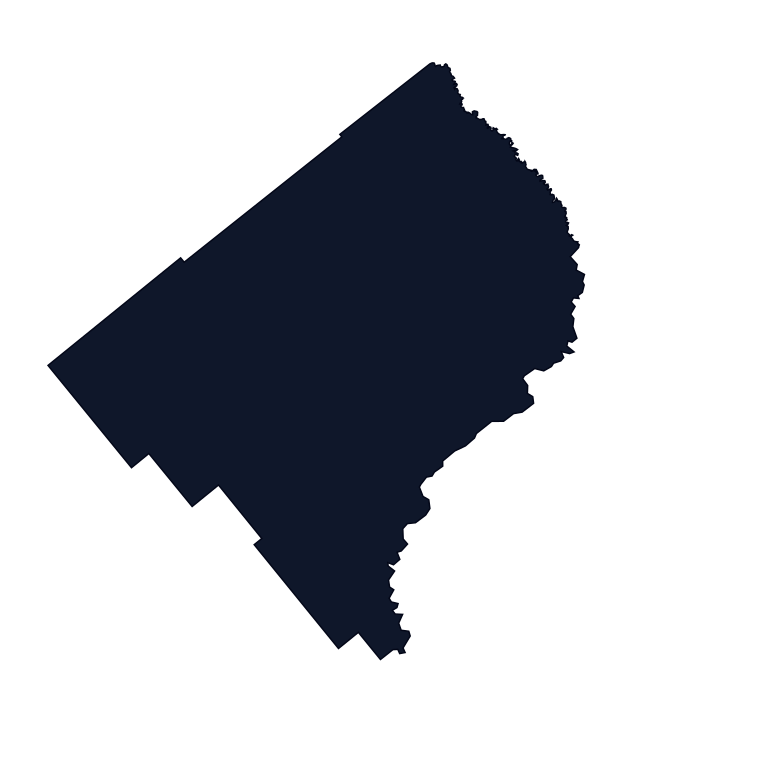 Garfield, Montana, United States of America, rotated 142°
{"feature_id": "52423323B69733440300774", "entity_name": "Garfield", "entity_type": "district", "adm_level": 2, "iso_a3": "USA", "parent_name": "United States of America", "parent_adm1": "Montana", "projection": "albers", "projection_center": [-107.725, 47.414], "detail": "fine", "context": "isolated", "style": "filled", "palette": "ink", "viewbox_px": 768, "rotation_deg": 142, "n_neighbors": 0, "source": "geoboundaries", "source_scale": "gbopen_adm2", "svg_char_len": 5403}
<svg xmlns="http://www.w3.org/2000/svg" viewBox="0 0 768 768"><g transform="rotate(142 384 384)"><path d="M146.7,371.7L145.6,372.7L144.4,373.4L144.6,374.7L145.2,375.0L144.5,376.2L143.7,376.6L144.3,377.2L145.3,378.2L146.4,379.8L146.1,382.7L146.5,384.4L145.1,385.2L143.7,385.1L144.2,386.2L145.8,386.3L146.8,386.5L146.0,387.7L146.3,389.8L146.2,390.9L144.9,391.8L143.3,392.8L141.9,394.8L142.5,395.8L142.7,396.7L141.0,396.5L139.4,397.3L140.0,398.4L140.5,398.2L141.0,399.3L141.2,399.9L139.7,400.8L138.5,400.6L138.2,402.0L138.6,402.0L138.2,403.0L137.8,402.9L138.0,403.7L138.6,404.4L137.3,405.2L135.4,406.3L134.5,407.8L135.2,408.5L134.5,409.5L133.4,409.4L132.4,410.5L133.0,411.9L134.8,413.2L134.8,414.8L133.9,415.1L133.4,417.4L132.4,418.9L133.4,420.6L134.3,420.6L134.6,421.4L133.8,422.6L133.7,424.1L134.6,423.5L134.2,422.8L135.1,422.6L135.4,423.2L136.2,423.1L137.2,422.5L137.8,422.5L138.8,422.9L139.4,423.3L138.8,424.0L137.9,424.7L135.5,425.0L133.8,428.3L134.8,430.1L136.0,430.0L136.5,431.0L135.6,431.8L135.0,433.0L132.6,433.8L132.1,434.9L132.9,435.5L133.8,435.2L135.7,436.2L135.5,437.3L134.2,437.2L132.6,438.5L132.4,439.5L131.8,440.5L132.9,441.2L134.2,441.0L134.7,442.8L135.0,443.7L134.6,444.1L134.0,443.4L134.2,443.0L133.8,443.3L132.6,443.8L132.1,445.2L133.4,446.4L134.7,447.0L136.2,447.7L135.5,448.6L134.0,448.5L132.2,448.3L131.2,449.7L130.7,450.7L131.5,451.7L132.5,452.1L133.7,452.6L134.7,452.5L135.6,453.2L135.8,454.9L135.0,455.6L133.2,454.8L132.7,456.0L132.8,456.5L133.6,457.1L134.1,458.5L133.8,459.6L132.9,458.9L132.3,457.9L132.0,459.3L133.5,460.7L135.3,460.7L135.2,460.2L136.5,460.4L137.0,461.0L137.0,461.9L136.6,462.0L137.5,463.1L138.9,465.0L138.6,468.3L136.9,469.6L136.7,470.4L136.0,471.5L135.9,472.6L136.0,472.5L137.3,472.9L138.9,472.9L140.2,474.4L139.5,474.0L138.9,474.1L139.0,475.2L140.0,475.4L140.3,476.6L139.4,477.3L139.1,478.9L140.5,478.5L140.3,477.6L141.6,477.7L142.1,478.2L141.9,479.8L140.8,480.3L140.7,481.7L141.0,482.2L141.1,483.3L139.9,484.1L138.4,483.1L138.2,482.3L137.9,481.9L136.6,482.8L137.1,484.4L138.4,485.4L138.2,487.1L138.8,488.2L137.6,487.8L137.2,486.7L137.0,486.4L135.8,486.4L134.4,486.5L135.1,488.2L135.9,489.5L137.4,491.3L138.6,492.9L136.8,493.8L135.4,493.7L134.0,494.2L134.3,495.0L134.9,494.9L136.4,494.3L137.5,494.4L137.5,495.9L136.1,497.4L135.4,497.7L134.6,497.4L134.5,496.1L133.6,497.0L133.9,498.2L133.1,499.4L133.5,500.5L134.0,501.3L135.8,501.8L136.4,501.3L137.7,502.1L138.7,503.7L139.2,503.7L140.5,505.0L139.9,505.3L139.6,504.9L138.9,504.3L138.5,504.7L138.0,505.9L136.5,506.1L135.7,505.6L135.1,505.9L136.0,506.8L138.7,508.6L139.7,510.9L139.8,513.0L139.0,515.2L137.9,515.0L138.2,516.4L138.8,516.4L139.3,516.3L139.8,517.6L140.2,518.7L141.2,518.0L141.0,516.8L142.7,516.7L143.5,517.5L143.4,518.7L142.3,519.5L141.8,520.6L142.6,522.0L143.8,521.6L144.9,521.6L145.1,522.0L144.3,522.8L143.3,523.0L142.7,523.6L142.2,524.5L143.2,525.5L144.1,525.2L144.4,525.4L143.5,526.1L143.0,527.3L142.0,527.9L141.7,527.8L142.6,528.5L142.2,530.6L141.9,531.4L142.7,532.1L143.9,532.3L145.8,533.5L146.8,535.6L147.1,537.0L147.5,536.9L147.0,538.1L145.0,538.1L142.9,540.5L143.0,541.5L144.8,543.7L146.7,544.1L147.5,543.0L147.8,542.1L148.3,541.6L149.3,542.7L149.6,544.7L150.4,546.4L150.9,545.9L151.8,546.2L151.7,547.3L151.9,548.8L152.8,549.3L152.7,550.2L151.9,550.5L151.5,551.1L151.7,551.5L151.5,552.3L151.1,552.9L152.0,553.6L152.6,554.5L152.7,555.0L151.7,556.1L150.8,556.2L150.5,556.0L150.1,556.9L150.8,557.6L151.7,558.0L150.9,558.4L150.1,558.0L148.7,559.0L148.4,560.0L147.7,560.4L146.8,560.0L146.2,560.6L145.5,560.5L145.7,561.5L147.0,563.1L146.8,564.4L145.8,564.9L145.8,565.4L146.6,566.2L146.9,567.7L145.0,569.6L144.6,571.6L145.5,572.9L146.6,573.1L146.8,573.0L146.3,574.5L145.1,574.3L143.2,574.2L142.0,575.0L141.9,576.2L143.0,576.7L143.9,576.7L144.6,577.1L143.6,577.5L142.5,577.7L141.6,578.5L142.0,578.9L142.3,579.7L143.3,580.2L143.1,581.8L141.7,581.8L140.1,581.6L140.1,583.8L141.0,585.4L140.1,587.7L140.3,588.9L139.9,589.9L138.7,590.2L137.7,592.1L138.7,594.1L137.8,596.7L138.2,598.2L139.8,598.3L141.1,597.3L143.5,598.3L143.8,599.7L143.3,600.7L145.2,601.9L146.9,602.6L147.7,602.4L147.9,603.8L147.2,604.5L146.9,606.2L148.4,607.4L150.7,608.0L265.1,607.9L265.1,604.7L466.5,603.0L466.6,608.6L637.3,605.5L637.2,599.8L634.5,473.5L612.1,474.0L610.6,405.6L576.6,406.3L575.4,337.5L585.2,337.3L582.7,203.6L557.1,204.1L556.4,169.1L540.5,169.2L536.5,166.4L537.6,161.9L532.7,159.4L531.5,164.3L518.5,169.3L516.7,173.9L522.1,179.4L519.7,186.5L511.2,191.0L516.8,195.8L516.8,200.5L511.4,199.9L508.1,202.3L512.4,207.7L511.9,212.0L503.0,215.8L504.6,220.6L501.1,226.8L490.8,230.1L492.8,238.0L491.0,241.0L487.8,235.7L479.5,236.1L477.3,243.4L473.2,241.8L464.0,243.4L464.3,250.1L458.3,258.4L451.5,259.6L444.6,255.3L431.8,255.1L424.5,257.6L420.0,265.2L422.5,271.4L419.6,281.0L416.6,282.3L407.9,284.5L402.8,281.9L398.5,283.6L388.3,283.1L385.2,287.2L369.5,287.7L357.9,285.1L346.0,285.7L341.7,288.1L322.1,288.3L312.7,281.0L300.1,280.9L292.5,276.8L278.0,276.7L274.6,282.4L276.8,288.3L271.7,294.4L271.5,302.8L268.4,304.1L255.7,303.4L250.0,296.0L241.3,294.7L237.6,296.0L230.5,293.4L226.1,294.3L224.4,300.5L219.0,293.7L214.5,292.3L216.6,301.4L212.5,304.7L210.1,301.2L203.8,301.3L199.9,312.9L194.1,318.7L193.9,324.1L185.7,327.4L186.0,333.4L181.7,335.2L177.7,331.4L176.9,334.3L171.3,334.1L165.3,338.8L164.6,342.5L158.6,346.9L162.4,355.5L158.2,359.2L158.9,369.7L146.7,371.7Z" fill="#0f172a" stroke="#020617" stroke-width="1.5"/></g></svg>